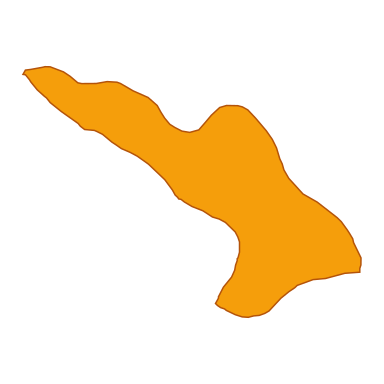 Jacaltenango, Huehuetenango, Guatemala (Albers equal-area conic projection)
{"feature_id": "79465075B56243891035553", "entity_name": "Jacaltenango", "entity_type": "district", "adm_level": 2, "iso_a3": "GTM", "parent_name": "Guatemala", "parent_adm1": "Huehuetenango", "projection": "albers", "projection_center": [-91.75, 15.749], "detail": "fine", "context": "isolated", "style": "filled", "palette": "amber", "viewbox_px": 384, "rotation_deg": 0, "n_neighbors": 0, "source": "geoboundaries", "source_scale": "gbopen_adm2", "svg_char_len": 1478}
<svg xmlns="http://www.w3.org/2000/svg" viewBox="0 0 384 384"><path d="M359.8,272.2L359.8,268.4L360.9,265.0L361.0,257.9L353.6,242.7L352.7,238.7L349.5,233.4L347.3,230.0L341.3,221.7L337.2,217.7L317.2,202.1L303.0,194.0L288.8,178.4L283.9,169.9L282.2,163.9L279.8,158.9L276.5,147.9L272.3,139.4L266.3,130.8L255.7,118.3L247.8,109.9L242.4,106.9L237.8,105.7L226.5,105.5L219.7,107.5L211.4,115.2L204.9,122.9L198.8,129.9L189.7,132.4L181.9,131.1L174.9,127.5L169.8,124.3L164.7,118.2L160.9,112.2L157.2,105.5L148.1,97.5L133.2,90.9L120.5,83.5L117.0,82.2L107.1,81.6L96.2,83.5L81.7,83.6L77.8,82.8L70.1,76.3L63.5,71.9L50.1,66.8L45.0,66.7L42.5,67.3L30.9,69.4L25.4,70.1L23.0,74.4L25.5,74.8L29.6,79.9L30.7,81.8L37.2,89.8L44.4,96.3L46.5,97.9L50.2,102.6L61.4,111.6L78.2,123.5L80.3,126.2L84.6,129.5L94.4,130.4L97.3,131.7L102.5,134.3L112.0,142.2L115.7,144.6L121.4,148.6L130.0,152.3L137.3,156.2L148.4,164.1L164.8,179.7L172.4,190.0L175.2,195.1L177.8,197.5L178.6,198.9L181.1,199.4L184.4,202.0L192.0,206.5L202.9,210.8L212.4,217.0L219.1,219.0L225.4,222.4L235.2,231.9L237.9,237.1L239.5,241.9L239.5,252.2L238.0,257.8L237.2,258.7L237.2,260.6L235.6,265.1L234.7,270.2L231.6,277.1L223.4,287.2L218.4,296.9L218.5,298.1L215.5,303.5L217.5,305.5L220.6,307.6L224.5,308.9L226.3,310.4L235.3,314.7L242.2,316.9L248.3,317.3L253.7,315.9L259.3,315.4L264.8,313.4L269.0,311.0L280.9,298.2L289.0,291.6L294.8,287.7L297.2,285.4L313.1,279.6L325.5,278.5L344.8,273.3L359.8,272.2Z" fill="#f59e0b" stroke="#b45309" stroke-width="1.5"/></svg>